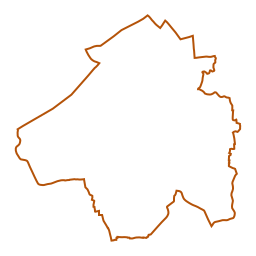 outline of Tha Chang, Sing Buri, Thailand
{"feature_id": "78962969B22910342197122", "entity_name": "Tha Chang", "entity_type": "district", "adm_level": 2, "iso_a3": "THA", "parent_name": "Thailand", "parent_adm1": "Sing Buri", "projection": "albers", "projection_center": [100.401, 14.78], "detail": "fine", "context": "isolated", "style": "outline", "palette": "amber", "viewbox_px": 256, "rotation_deg": 0, "n_neighbors": 0, "source": "geoboundaries", "source_scale": "gbopen_adm2", "svg_char_len": 5687}
<svg xmlns="http://www.w3.org/2000/svg" viewBox="0 0 256 256"><path d="M17.6,129.3L17.8,129.8L17.9,130.6L17.6,132.2L17.6,133.1L17.7,135.8L17.9,136.4L18.2,137.0L18.6,137.5L19.6,138.6L20.0,139.2L20.2,139.8L20.3,140.7L20.0,142.4L19.8,143.1L19.3,144.3L18.1,145.5L17.4,146.0L16.7,146.6L16.3,147.1L16.0,147.8L15.8,148.4L15.8,149.4L15.8,150.4L16.0,151.3L16.7,153.5L19.7,158.3L20.6,159.2L21.1,159.4L25.0,160.1L26.3,160.5L26.9,160.8L27.2,161.1L27.5,161.5L28.0,162.4L30.0,167.1L31.9,171.1L34.5,176.7L36.4,180.6L37.8,183.2L38.4,184.0L39.1,184.4L40.2,184.8L43.0,185.1L44.1,185.0L47.6,184.1L51.0,183.6L53.0,182.9L54.8,182.2L57.4,181.2L61.1,180.3L62.6,180.2L64.2,180.2L64.6,180.3L65.0,180.5L67.5,180.1L69.4,180.0L69.8,179.7L70.1,179.7L74.3,179.2L74.7,179.2L75.7,179.4L76.4,179.4L77.4,179.3L79.0,179.5L80.9,179.5L82.4,179.4L84.0,179.2L84.0,179.3L85.2,186.2L85.4,187.3L85.7,187.6L87.5,189.4L88.8,192.2L89.4,194.0L89.8,194.6L90.6,195.0L91.4,195.3L92.3,195.8L92.4,197.4L91.9,199.8L94.0,200.6L94.2,200.8L94.2,201.4L93.5,204.7L93.5,206.7L93.5,206.8L94.5,207.0L94.6,208.2L94.9,209.6L95.0,211.2L95.1,211.6L95.4,211.7L99.0,210.9L99.0,211.2L99.0,215.0L102.1,215.0L103.2,219.6L103.6,220.9L106.5,225.7L107.8,228.1L108.1,228.0L109.0,230.1L109.3,231.1L110.3,235.3L110.8,237.2L111.5,240.6L113.8,240.3L114.0,240.1L114.3,239.9L116.3,239.9L116.5,237.9L117.4,237.9L117.4,236.9L118.1,236.9L119.5,237.1L121.3,237.2L122.9,237.2L124.0,237.1L125.9,237.2L127.6,237.4L127.7,237.7L127.9,237.7L129.5,237.7L129.6,237.8L129.6,238.2L129.7,238.4L131.7,238.5L132.7,238.4L135.2,237.7L136.5,237.5L138.5,237.4L139.7,237.4L143.3,237.9L143.5,237.8L143.5,237.5L146.4,237.9L146.6,237.8L146.9,237.2L147.6,237.0L148.0,236.8L148.2,236.5L148.3,235.4L148.7,234.8L148.9,234.8L149.5,234.8L150.0,234.5L150.6,234.5L150.8,234.4L157.9,226.4L161.7,222.2L166.2,217.6L167.1,216.4L167.6,215.5L168.0,214.6L168.3,213.8L168.4,213.1L168.4,212.4L168.3,211.2L167.8,209.2L167.1,207.6L167.0,207.1L167.1,206.6L167.3,206.4L172.1,202.8L173.6,201.7L173.8,201.5L173.9,201.2L174.0,200.9L174.0,198.1L174.2,196.3L174.2,196.0L174.4,195.7L175.0,195.2L175.3,194.7L175.6,194.1L176.0,192.7L176.5,190.7L178.2,190.9L179.2,191.1L180.0,191.4L180.7,191.8L181.1,192.2L181.7,193.1L182.4,195.4L183.1,197.2L183.5,198.1L183.8,198.7L184.4,199.4L185.1,200.1L185.9,200.8L187.2,201.7L189.4,203.1L191.9,204.5L193.4,205.2L195.7,206.1L197.9,207.1L200.7,208.7L202.5,209.6L204.0,210.5L204.5,211.3L208.1,219.4L211.5,226.2L212.6,224.7L212.7,224.4L213.6,223.1L214.0,222.7L214.5,222.3L214.9,222.1L215.5,221.9L218.7,221.2L222.0,220.3L222.9,220.1L223.8,220.1L226.0,220.2L226.8,220.2L227.7,220.0L230.1,218.9L232.7,218.2L233.2,218.0L233.6,217.6L233.9,217.1L234.2,216.4L234.5,215.6L234.7,214.3L234.8,213.1L234.7,212.5L234.4,211.8L234.0,211.0L233.0,209.5L232.5,208.7L232.2,208.2L232.1,207.5L232.0,206.2L232.2,204.5L232.7,202.0L232.9,200.8L232.6,199.5L231.4,195.4L231.4,194.9L231.5,193.7L231.7,192.8L232.4,191.1L233.0,188.9L233.0,188.1L232.9,186.4L232.7,185.3L232.5,184.4L232.3,183.4L232.5,182.1L232.8,181.3L233.3,180.1L235.1,175.8L235.8,174.8L236.8,173.8L235.1,168.9L234.0,168.4L233.4,168.3L232.4,167.9L229.0,166.2L228.9,166.1L228.9,164.7L229.0,164.4L229.4,163.1L228.9,162.9L229.5,160.4L229.0,160.3L228.8,160.3L228.8,160.2L229.0,157.1L229.0,156.2L229.2,155.8L230.3,155.2L230.5,155.1L230.6,154.8L230.8,153.8L229.2,153.0L229.5,152.6L229.9,151.3L230.0,150.5L230.0,149.5L230.0,149.2L230.5,149.0L231.3,148.8L231.7,148.8L232.6,149.0L234.0,149.0L234.3,148.8L234.1,144.3L234.3,144.3L234.9,144.2L234.9,143.4L234.3,138.4L233.6,134.9L233.2,133.2L232.9,132.6L233.7,131.9L234.2,131.7L235.4,131.3L235.7,131.3L237.1,131.8L237.5,131.9L238.0,131.5L238.7,130.7L239.8,129.4L240.0,129.2L240.1,128.9L240.1,127.0L240.2,126.1L240.1,125.3L239.8,124.3L239.9,123.9L238.9,123.5L236.6,122.9L236.4,119.9L236.2,119.6L235.4,120.1L235.0,120.3L234.8,120.4L233.3,120.1L232.9,119.8L232.7,119.1L232.7,117.3L233.0,112.0L233.2,110.4L232.2,110.3L232.3,108.0L232.3,105.6L232.1,105.2L230.9,103.3L230.4,102.2L229.9,100.5L229.6,98.1L228.6,97.7L226.9,97.5L226.3,97.3L225.7,97.0L224.9,96.5L224.4,96.3L224.0,96.3L222.4,96.9L221.5,97.0L220.9,97.0L220.4,96.8L219.8,96.5L219.3,96.1L218.0,94.7L216.3,92.7L215.8,92.4L215.2,92.3L214.8,92.3L214.6,92.4L213.2,93.4L212.7,93.7L211.6,94.2L211.0,94.4L210.2,94.5L209.4,94.5L207.3,94.3L206.5,94.1L204.9,93.5L204.7,93.2L203.9,92.1L203.2,91.5L202.3,90.8L199.4,89.3L199.0,89.2L198.1,89.2L198.2,88.6L199.8,87.4L200.2,86.9L201.0,84.9L202.1,81.7L202.4,80.6L202.7,77.7L203.1,75.7L203.4,74.2L203.4,73.9L203.3,73.5L202.6,72.7L202.4,72.4L202.4,72.1L202.5,71.9L202.8,71.7L203.6,71.5L204.2,71.5L204.5,71.5L205.6,72.3L206.5,72.8L207.1,73.6L207.2,73.8L207.4,73.8L208.7,73.4L209.2,73.0L209.4,72.6L209.6,72.1L209.9,70.7L210.1,70.4L210.6,70.4L211.0,70.5L212.0,71.3L212.4,71.5L213.0,71.3L213.8,71.0L214.1,70.8L214.2,70.6L214.3,70.3L214.2,69.8L213.4,67.4L213.5,64.7L213.6,64.2L213.9,63.7L215.2,62.6L215.3,62.5L215.3,62.2L215.3,61.4L215.2,60.6L215.3,60.0L215.3,59.7L215.8,58.7L215.8,58.4L215.7,57.9L214.7,56.5L214.7,56.3L214.7,56.0L213.7,56.1L211.2,56.8L210.4,56.9L209.2,56.9L206.9,56.6L205.9,56.6L205.1,56.7L199.0,57.4L196.4,57.8L194.6,57.9L194.1,50.8L193.8,48.7L193.5,44.2L192.8,35.8L188.9,37.1L180.5,39.3L175.5,32.4L171.5,27.6L168.3,23.7L167.0,22.2L165.2,20.6L163.2,23.7L162.2,25.3L160.2,28.0L156.4,24.9L154.9,23.4L153.4,21.6L152.1,20.3L150.7,18.5L149.0,16.5L147.6,15.4L143.2,18.8L138.1,21.7L121.5,30.1L113.7,36.3L100.6,45.8L98.7,45.9L96.7,45.9L94.3,46.4L93.5,46.7L89.8,48.3L85.7,49.5L86.6,51.7L88.3,54.9L90.2,57.8L91.0,58.9L92.4,60.1L93.6,60.9L94.6,61.4L96.8,62.1L99.3,63.2L97.5,65.4L95.6,67.3L94.6,68.0L94.3,68.6L93.7,69.1L88.3,75.5L71.4,94.7L52.8,108.7L22.9,126.0L17.6,129.3Z" fill="none" stroke="#b45309" stroke-width="2"/></svg>